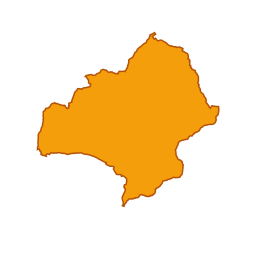 the district of Nehoiu, Buzau, Romania, rotated 241°
{"feature_id": "2599482B62990087944995", "entity_name": "Nehoiu", "entity_type": "district", "adm_level": 2, "iso_a3": "ROU", "parent_name": "Romania", "parent_adm1": "Buzau", "projection": "orthographic", "projection_center": [26.301, 45.424], "detail": "fine", "context": "isolated", "style": "filled", "palette": "amber", "viewbox_px": 256, "rotation_deg": 241, "n_neighbors": 0, "source": "geoboundaries", "source_scale": "gbopen_adm2", "svg_char_len": 5818}
<svg xmlns="http://www.w3.org/2000/svg" viewBox="0 0 256 256"><g transform="rotate(241 128 128)"><path d="M195.1,186.6L194.0,185.5L193.9,185.2L194.0,183.3L193.6,181.0L193.0,178.8L192.9,176.5L192.4,175.5L192.3,174.3L192.0,173.9L191.0,173.0L190.8,172.7L190.7,172.0L190.8,170.9L189.1,168.6L187.4,166.0L187.6,164.8L187.3,162.1L186.8,161.4L185.4,160.7L184.0,159.5L182.4,157.7L181.0,156.7L180.7,155.6L179.6,154.5L179.5,153.7L179.1,153.0L178.8,152.8L179.6,152.1L180.5,149.9L181.7,148.2L181.6,147.0L181.0,146.5L180.8,146.0L180.2,145.6L180.2,145.3L180.9,145.0L181.2,144.1L181.6,143.5L182.0,143.1L182.1,142.8L182.8,142.6L183.7,141.6L184.6,141.4L184.8,141.2L184.9,140.5L185.6,140.0L185.7,139.1L186.0,138.1L187.6,137.4L188.9,137.2L189.3,136.9L189.3,136.4L191.0,135.0L191.4,134.2L191.5,133.8L191.5,132.3L190.1,130.3L190.5,126.9L190.4,126.2L190.2,125.7L190.2,125.1L190.3,124.5L191.0,122.9L192.3,122.1L192.8,121.4L193.1,120.0L193.5,119.4L193.6,118.5L194.0,117.4L194.1,116.6L193.7,115.6L193.0,116.3L190.8,116.4L189.6,116.6L188.0,116.3L186.9,115.5L185.4,115.7L185.0,116.1L184.8,116.6L184.4,116.6L184.1,116.5L183.6,115.8L182.6,115.0L183.7,110.7L184.5,108.9L184.7,106.6L184.3,106.3L185.8,104.8L186.7,103.2L186.7,102.9L185.7,101.2L185.3,99.4L184.7,98.3L184.3,98.2L181.7,95.0L180.3,93.6L180.3,93.3L179.6,92.8L178.8,91.7L178.4,91.5L177.9,91.4L178.3,88.2L177.4,87.7L176.0,87.5L176.1,86.7L175.7,86.7L175.2,86.1L174.3,85.8L174.8,84.6L174.8,83.9L176.3,83.7L177.7,83.6L177.9,83.8L178.8,83.3L179.0,82.8L178.8,82.6L180.6,80.5L183.2,78.2L183.5,78.2L184.1,77.1L184.5,76.7L185.3,76.3L185.0,76.1L185.3,75.8L185.8,74.7L186.0,74.1L186.1,72.9L185.5,71.5L184.4,69.9L184.4,68.6L184.1,67.9L185.0,65.7L184.3,64.5L183.6,64.2L183.4,62.0L183.3,61.7L180.8,60.4L179.2,59.3L177.3,58.8L177.1,58.6L176.7,57.8L175.0,57.2L173.0,55.2L172.4,54.9L171.6,54.8L170.3,52.5L167.6,50.0L167.1,48.5L166.7,47.7L166.3,47.0L165.3,46.0L162.9,44.8L158.7,42.0L157.2,41.5L155.0,39.9L154.7,39.2L153.8,39.0L153.1,38.4L153.0,39.2L152.4,39.7L152.6,40.1L152.4,40.2L150.5,39.8L150.0,40.2L149.4,40.1L148.7,40.2L147.4,39.2L146.9,39.1L146.6,39.3L146.4,40.0L145.6,40.1L145.0,40.7L144.5,41.4L143.6,42.1L142.9,42.9L143.9,43.1L144.3,43.4L144.5,43.8L144.5,45.0L142.9,46.4L143.7,48.5L143.2,49.5L142.4,50.2L142.1,50.7L141.4,52.3L140.7,53.4L140.7,54.0L139.8,55.8L137.6,58.4L136.3,60.6L135.0,61.4L134.0,62.5L133.7,64.1L133.4,64.9L133.2,65.9L132.6,67.4L132.2,67.9L132.0,68.7L131.7,69.0L131.7,69.4L129.7,73.4L129.3,74.5L128.9,75.0L128.4,75.6L127.5,76.1L126.3,77.2L124.0,80.4L119.3,84.7L116.3,86.9L115.1,87.3L114.0,88.2L112.4,89.1L108.1,92.1L107.9,91.4L107.6,91.2L106.7,91.3L105.6,92.0L105.1,92.4L103.4,93.6L102.2,95.6L101.1,96.8L100.3,96.7L99.5,95.9L99.4,95.6L98.7,95.2L98.0,95.4L97.2,95.3L93.1,95.5L92.1,96.7L91.6,97.5L91.2,98.6L90.7,99.0L89.9,99.4L89.4,98.8L88.8,98.9L88.7,100.1L88.0,100.9L85.5,101.8L84.1,102.1L83.1,101.6L82.4,101.1L81.6,100.9L81.1,100.1L79.7,99.2L79.6,98.5L80.0,97.3L78.9,96.2L78.3,95.8L77.8,96.2L76.6,95.7L76.1,96.1L75.3,95.8L73.4,93.8L72.6,92.2L71.8,91.6L71.2,90.5L69.8,89.0L69.1,88.9L68.4,88.5L64.9,87.7L63.4,86.7L62.8,85.4L62.0,86.0L61.5,86.6L62.7,87.8L63.4,89.0L63.5,89.6L63.9,90.6L64.7,91.6L64.9,93.1L65.3,94.2L65.3,95.0L64.5,96.1L63.7,97.9L63.5,98.4L63.6,99.3L63.1,100.3L63.3,101.2L62.8,101.7L62.3,103.1L62.4,103.9L63.1,105.0L63.5,105.3L63.3,107.6L62.3,108.2L61.4,109.4L61.0,109.8L60.0,110.1L59.6,111.0L58.8,111.5L57.9,113.2L57.7,114.2L57.8,114.6L58.2,115.0L58.2,115.3L57.6,115.6L57.3,116.0L57.4,117.6L57.9,118.2L57.6,118.9L57.9,119.7L59.2,121.2L60.0,121.5L61.1,122.2L60.9,122.7L61.6,123.6L61.3,125.9L61.6,126.5L61.6,127.2L61.8,128.3L62.3,129.0L63.1,131.1L64.0,131.9L64.6,132.7L64.6,133.1L64.3,133.6L64.3,134.5L63.5,136.4L63.5,137.0L63.8,137.7L63.1,139.5L63.0,140.1L62.7,144.2L61.3,145.7L61.2,146.3L60.2,148.3L60.0,149.3L60.0,150.1L61.1,151.3L61.0,152.4L62.2,153.6L66.9,157.0L67.7,157.2L68.6,158.3L70.5,158.4L72.3,159.0L73.4,158.5L74.0,158.6L76.1,156.7L81.0,156.9L84.3,158.4L86.0,158.9L86.6,160.4L87.8,161.4L88.9,163.4L90.3,164.4L91.0,165.8L91.3,166.9L91.3,167.3L91.1,168.5L90.2,172.4L89.4,174.4L89.5,175.3L90.4,176.4L90.9,177.9L91.0,178.8L90.1,179.8L90.0,180.5L90.9,181.6L90.9,183.1L91.5,183.8L91.2,184.1L91.2,184.4L91.4,185.0L91.0,186.2L91.1,189.1L92.0,190.2L92.9,192.0L92.8,193.4L93.3,195.5L93.1,196.6L92.4,198.1L92.0,200.2L90.4,203.3L90.1,204.6L90.1,205.7L90.7,207.3L91.9,208.7L92.6,209.2L95.1,210.1L95.7,212.5L96.0,213.1L96.5,213.7L97.3,214.1L98.1,215.1L99.6,215.8L100.2,216.5L102.0,217.1L102.8,217.6L104.7,214.6L105.3,214.1L105.8,213.1L106.6,212.6L106.7,212.3L106.4,211.3L105.4,209.6L106.6,209.2L108.5,209.4L110.1,209.0L111.1,209.1L112.3,208.6L113.2,208.9L113.3,209.1L113.9,209.6L114.9,210.1L115.6,210.1L116.0,210.3L118.0,210.1L118.8,209.8L119.6,210.2L121.7,210.1L122.1,210.0L122.9,209.4L124.0,209.1L125.1,209.2L126.8,210.0L130.6,210.1L131.0,210.8L131.6,211.2L132.3,210.8L132.9,211.1L134.1,211.1L134.4,211.6L134.6,212.2L138.5,214.3L139.4,214.5L142.1,214.4L142.4,214.6L143.8,213.9L144.5,214.3L145.8,214.7L146.2,213.8L147.4,213.5L147.9,212.7L149.2,212.3L149.4,212.3L149.6,212.7L150.0,212.8L151.0,212.3L151.7,212.4L152.0,212.7L152.0,212.9L152.2,213.1L152.3,213.0L152.5,212.6L152.7,212.4L153.0,212.7L153.5,212.7L155.7,214.1L156.0,214.1L156.4,213.8L156.6,214.1L156.6,214.6L157.1,214.9L158.6,214.7L159.5,214.0L160.9,215.3L163.0,216.0L164.2,216.0L169.4,212.8L170.6,214.5L170.9,214.5L171.9,213.9L172.9,212.8L173.2,212.9L174.1,211.9L174.7,209.9L175.0,209.5L175.9,209.3L176.3,208.4L176.5,208.2L176.6,207.7L177.9,206.6L178.3,206.1L178.6,206.0L178.9,205.2L179.7,204.6L179.9,204.1L181.6,203.3L182.3,203.3L182.8,202.8L183.8,202.8L188.5,199.9L189.2,198.9L189.7,196.6L190.1,196.0L193.1,195.6L193.0,194.1L196.3,193.7L196.6,197.6L198.6,197.4L198.5,194.9L198.7,192.5L196.2,189.9L196.0,189.2L195.7,188.6L195.7,187.6L195.1,186.6Z" fill="#f59e0b" stroke="#b45309" stroke-width="1.5"/></g></svg>